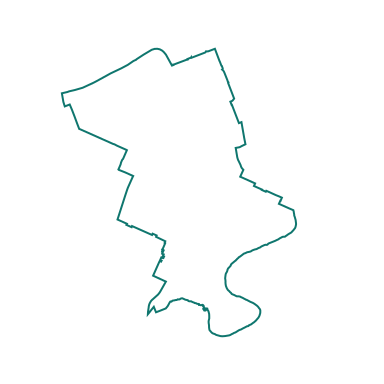 Bayswater, Western Australia, Australia (orthographic projection), rotated 339°
{"feature_id": "25037944B12143686182506", "entity_name": "Bayswater", "entity_type": "district", "adm_level": 2, "iso_a3": "AUS", "parent_name": "Australia", "parent_adm1": "Western Australia", "projection": "orthographic", "projection_center": [115.908, -31.909], "detail": "fine", "context": "isolated", "style": "outline", "palette": "teal", "viewbox_px": 384, "rotation_deg": 339, "n_neighbors": 0, "source": "geoboundaries", "source_scale": "gbopen_adm2", "svg_char_len": 5968}
<svg xmlns="http://www.w3.org/2000/svg" viewBox="0 0 384 384"><g transform="rotate(339 192 192)"><path d="M264.8,119.9L264.8,103.1L265.0,103.0L265.1,102.7L265.3,102.6L265.1,102.0L265.0,101.1L265.1,100.5L265.0,91.8L264.9,90.8L264.7,89.9L264.3,89.0L264.0,88.5L264.5,88.3L264.9,87.9L265.0,87.4L265.0,87.0L265.0,84.9L264.7,84.6L264.7,79.9L264.6,79.7L264.7,66.5L257.7,66.5L256.9,66.3L255.9,65.9L255.5,65.7L255.1,66.1L254.6,66.4L254.0,66.5L240.3,66.5L239.6,66.5L239.6,66.0L239.4,66.2L235.5,66.2L235.5,66.8L235.1,66.8L234.8,66.6L222.9,66.5L220.6,66.5L220.4,66.4L220.3,66.8L218.6,66.8L216.9,54.4L215.8,51.2L214.8,49.3L213.1,47.3L211.0,45.9L208.4,45.0L205.4,44.8L196.1,46.4L187.7,48.2L187.3,48.5L184.3,48.7L177.6,50.3L170.3,51.2L158.6,52.1L142.7,54.3L139.2,54.7L127.3,55.5L119.1,54.8L113.4,54.0L111.5,54.0L105.9,53.2L104.2,61.8L104.0,64.8L103.9,66.5L109.2,66.5L109.4,72.3L109.4,78.5L109.4,78.9L109.4,79.9L109.3,86.9L109.3,92.7L109.7,93.0L135.6,118.9L136.7,119.7L138.5,121.8L145.8,129.1L146.2,129.6L139.5,136.4L138.8,136.7L138.1,137.2L136.2,139.2L135.5,140.3L134.9,141.0L131.7,144.3L131.4,144.5L131.5,145.0L136.8,149.9L142.8,156.0L141.8,156.9L137.8,160.9L133.6,165.1L132.3,166.6L128.2,171.6L112.6,191.0L119.9,198.4L119.0,199.2L123.0,203.2L123.8,202.3L139.3,217.8L140.3,216.8L143.4,219.9L142.4,221.0L142.7,221.3L149.4,228.4L148.2,229.7L148.6,230.2L144.7,234.2L143.7,234.9L144.1,235.4L143.9,235.6L144.6,236.3L143.5,237.4L142.8,236.7L142.6,237.0L143.2,237.7L142.0,238.9L142.3,239.2L142.4,239.4L143.2,240.1L141.9,241.3L142.8,242.2L141.7,243.3L141.3,242.9L141.0,243.1L139.9,242.1L137.9,244.1L139.0,245.2L138.2,245.9L137.2,244.8L136.2,245.7L125.7,256.2L135.5,266.3L126.9,273.4L125.7,274.3L123.7,275.5L122.7,275.9L117.2,278.0L116.3,278.3L115.0,278.9L114.0,279.6L112.9,280.5L112.0,281.4L111.3,282.3L110.6,283.4L110.2,284.2L108.1,287.9L107.0,290.3L109.3,289.0L110.9,288.0L115.2,285.5L115.3,291.4L119.5,291.4L125.9,291.3L126.3,291.0L127.6,290.3L128.7,289.6L129.5,288.9L130.0,288.5L130.8,287.8L131.6,287.1L132.2,286.7L132.6,286.5L133.5,287.0L134.1,286.8L134.2,286.7L134.6,286.5L135.2,286.5L136.4,286.8L138.0,287.0L138.9,287.3L139.4,287.3L140.0,287.1L140.3,287.1L140.9,287.5L142.0,287.8L142.4,287.7L142.9,287.5L143.3,287.5L143.8,287.5L144.6,287.7L144.9,287.8L145.4,288.3L146.3,289.2L146.7,289.7L147.4,290.3L149.3,291.5L149.4,292.1L149.7,292.6L150.0,292.8L150.8,293.3L151.7,293.6L152.1,293.8L152.9,294.8L154.5,296.2L154.7,296.6L155.8,297.2L156.4,297.9L156.7,298.2L157.4,298.6L158.3,299.0L158.3,299.5L158.0,299.7L158.0,299.9L158.8,300.2L159.5,300.8L160.4,301.0L161.0,301.0L161.4,301.1L161.7,301.4L161.8,301.6L161.7,301.9L161.7,302.0L161.4,302.4L161.8,302.8L162.0,302.8L161.9,303.5L161.9,304.1L162.2,304.8L162.4,305.3L162.5,305.7L162.4,305.9L162.2,306.1L161.8,306.0L161.5,305.8L161.3,305.6L161.1,305.0L160.9,304.8L160.6,305.1L160.7,305.4L160.8,305.9L161.0,306.8L161.0,307.0L161.5,307.3L162.2,307.5L162.4,307.4L163.0,307.1L163.1,306.9L163.0,306.5L163.1,306.1L163.2,305.9L163.4,305.8L164.1,306.0L164.5,306.3L164.3,307.5L164.6,309.1L164.6,309.4L164.5,310.3L164.3,312.0L163.6,314.1L162.8,316.2L161.5,318.1L161.0,319.1L160.5,320.7L160.4,321.4L160.0,322.9L159.7,323.7L159.3,324.9L158.9,326.9L158.9,327.2L159.0,327.7L159.4,328.6L159.7,329.6L160.2,330.7L161.0,331.7L162.4,332.8L162.8,333.4L163.5,334.2L164.6,335.0L166.9,336.7L168.5,337.5L170.4,338.1L171.5,338.4L174.5,339.0L175.6,339.2L176.5,339.2L178.3,338.9L179.3,338.9L180.1,338.7L181.2,338.6L182.2,338.7L186.1,337.9L187.3,337.8L187.7,337.9L188.6,337.9L190.5,337.6L192.7,337.4L194.9,337.1L195.5,337.1L196.0,337.3L196.6,337.3L196.9,337.2L197.2,336.9L197.3,336.9L198.4,336.8L199.6,336.8L202.4,336.0L203.0,335.9L203.9,335.6L204.3,335.4L205.5,335.0L206.0,334.7L209.0,333.1L210.3,332.0L210.9,331.4L211.2,330.9L211.9,330.1L212.1,329.8L212.6,328.9L213.0,327.9L213.4,326.8L213.4,325.9L213.3,325.4L212.9,324.2L212.6,322.9L211.9,321.4L210.1,318.6L209.6,318.0L209.0,317.2L208.0,316.3L207.0,315.3L205.0,313.0L204.5,312.4L204.3,312.2L203.9,312.0L203.0,310.9L202.0,309.8L201.8,309.5L201.1,308.7L200.2,307.9L200.0,307.6L199.4,306.9L199.1,306.7L198.1,306.1L196.5,305.5L195.8,304.8L194.6,303.4L193.1,302.0L192.7,301.6L192.5,301.3L192.3,300.4L192.2,300.0L191.6,299.1L191.3,298.0L190.7,297.0L190.3,296.0L190.0,294.1L190.0,293.4L190.0,292.0L190.0,291.7L190.2,290.9L190.4,289.8L190.7,289.0L190.9,288.2L191.3,287.4L191.8,285.5L192.0,284.5L193.2,282.2L194.0,280.8L194.5,280.2L194.9,279.9L196.1,278.9L196.9,278.0L197.2,277.4L198.1,276.5L198.7,276.1L199.5,275.8L201.6,274.7L201.9,274.4L202.3,273.8L203.1,273.3L207.5,271.8L208.4,271.6L208.7,271.3L209.4,271.1L209.8,270.9L210.2,270.6L211.5,270.2L211.8,270.1L212.1,269.8L212.4,269.7L212.8,269.6L213.3,269.6L216.5,268.7L217.3,268.4L217.6,268.4L218.6,268.1L219.0,268.1L219.4,268.2L219.9,268.2L221.0,268.1L221.9,268.0L222.4,268.1L223.5,268.3L224.9,268.5L225.5,268.5L225.8,268.5L226.9,268.2L228.5,268.1L230.5,268.2L231.4,268.4L232.0,268.4L232.9,268.3L233.3,268.2L234.3,268.1L235.4,268.2L237.4,267.7L240.7,267.5L241.6,267.6L242.0,267.7L242.6,268.0L242.9,268.2L243.2,268.2L243.8,268.1L244.6,267.6L245.1,267.5L252.1,267.4L254.1,267.2L255.2,267.2L257.9,266.6L259.4,266.5L260.2,266.3L261.3,266.5L262.3,266.9L263.0,267.0L263.7,266.7L264.9,266.5L265.7,266.2L268.1,265.7L269.1,265.6L270.4,265.3L271.3,264.8L272.8,264.1L275.3,262.6L275.8,262.1L276.4,261.3L277.3,259.9L277.6,259.4L277.9,258.5L278.7,255.3L278.9,253.1L279.0,252.1L279.0,250.7L279.4,249.4L279.6,248.1L279.9,246.9L280.1,245.3L276.7,242.0L276.4,241.7L268.9,234.2L271.3,231.8L271.5,232.0L273.9,229.5L271.6,227.2L269.1,224.9L264.5,220.2L261.8,217.5L261.0,218.2L257.9,215.1L258.2,214.8L252.0,208.6L254.0,206.6L242.5,195.0L247.9,189.7L247.4,188.4L247.0,187.2L246.9,185.9L247.0,184.1L246.9,182.8L246.7,180.4L246.5,178.4L246.6,176.7L246.7,175.8L248.6,166.5L252.3,167.2L252.9,167.2L255.1,166.9L259.0,166.6L260.0,160.8L263.2,144.5L260.5,144.5L260.5,125.0L260.2,125.0L260.2,121.4L261.5,121.4L262.3,121.3L263.0,121.0L264.8,119.9Z" fill="none" stroke="#0f766e" stroke-width="2"/></g></svg>